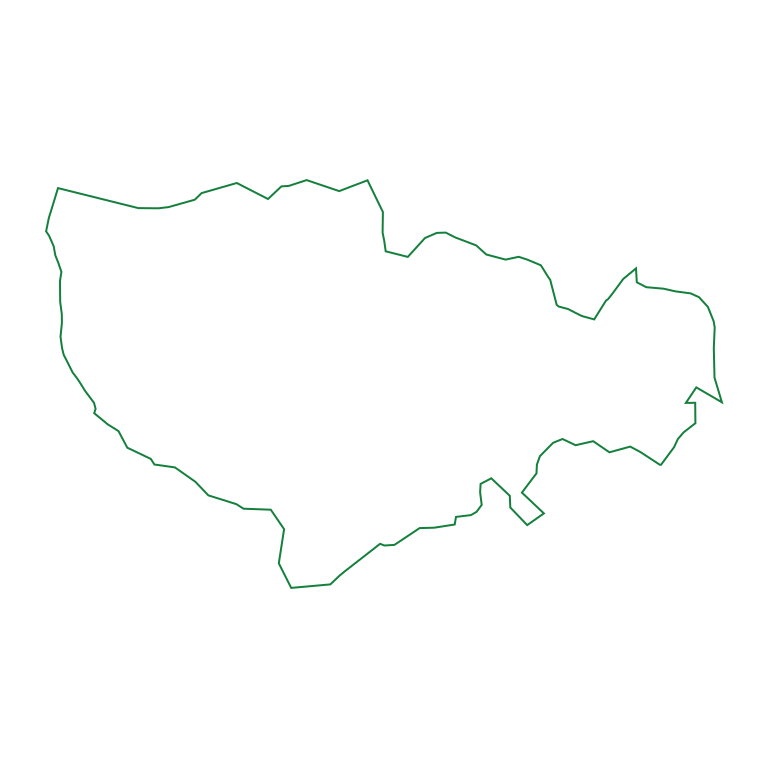 outline of Essien Udim, Akwa Ibom, Nigeria
{"feature_id": "59680162B25032665557199", "entity_name": "Essien Udim", "entity_type": "district", "adm_level": 2, "iso_a3": "NGA", "parent_name": "Nigeria", "parent_adm1": "Akwa Ibom", "projection": "mercator", "projection_center": [7.658, 5.098], "detail": "fine", "context": "isolated", "style": "outline", "palette": "green", "viewbox_px": 768, "rotation_deg": 0, "n_neighbors": 0, "source": "geoboundaries", "source_scale": "gbopen_adm2", "svg_char_len": 1766}
<svg xmlns="http://www.w3.org/2000/svg" viewBox="0 0 768 768"><path d="M454.7,524.5L456.0,516.9L470.9,515.1L476.5,511.9L481.7,504.9L480.1,492.2L480.6,483.9L491.3,478.3L509.8,495.8L510.3,507.5L527.2,525.1L543.9,513.4L521.9,492.6L536.5,473.3L536.9,464.6L539.9,456.2L553.1,442.8L562.5,439.0L575.6,445.2L593.2,441.2L609.4,452.3L630.2,446.6L640.5,452.1L659.9,464.8L661.0,464.8L674.2,447.0L677.8,439.1L683.7,432.3L695.4,423.2L695.2,402.8L685.9,402.9L696.3,387.4L721.9,402.3L714.5,377.6L713.8,348.0L714.7,327.5L713.7,321.4L707.9,306.9L699.0,297.2L690.7,293.4L675.1,291.3L663.7,288.7L646.3,287.2L636.8,282.3L636.0,268.4L627.9,275.1L623.2,279.0L612.6,293.4L608.0,299.2L606.0,300.6L594.2,319.4L586.5,317.3L581.8,316.0L575.2,312.7L568.0,309.0L558.9,306.6L556.7,304.9L550.2,279.8L548.1,276.9L540.9,265.3L527.5,259.7L518.7,256.8L505.6,259.6L486.3,254.5L476.2,245.4L455.4,237.5L445.7,232.6L436.8,232.9L425.0,238.0L407.8,256.9L385.7,251.3L384.2,240.7L382.6,232.7L382.9,212.0L367.5,180.3L339.2,191.1L306.6,180.1L288.8,185.9L281.4,186.4L268.0,199.0L236.8,183.0L201.6,193.1L194.8,199.7L168.5,207.1L158.4,208.3L138.3,208.1L119.4,203.4L58.0,188.1L50.7,212.0L48.9,217.7L48.5,219.6L46.1,231.3L49.1,235.8L53.7,246.3L55.3,255.3L58.3,262.8L61.4,271.9L60.0,280.9L60.1,294.5L60.2,302.0L61.8,314.1L61.9,323.1L60.5,336.7L61.5,343.9L62.2,348.8L63.7,354.8L68.3,363.8L72.8,372.8L73.9,374.1L77.4,378.8L80.4,383.3L85.0,390.8L89.5,396.8L94.0,402.8L95.6,408.8L94.2,413.2L107.8,424.4L118.5,431.1L127.3,447.7L150.8,458.9L154.4,464.5L174.9,467.4L195.4,481.8L208.4,495.4L236.5,504.2L243.5,508.7L270.8,509.7L284.1,529.2L278.8,563.3L291.2,587.9L330.3,584.4L339.6,575.6L344.7,571.4L380.1,543.8L384.4,545.5L394.4,544.9L419.6,528.1L434.2,527.7L454.7,524.5Z" fill="none" stroke="#15803d" stroke-width="2"/></svg>